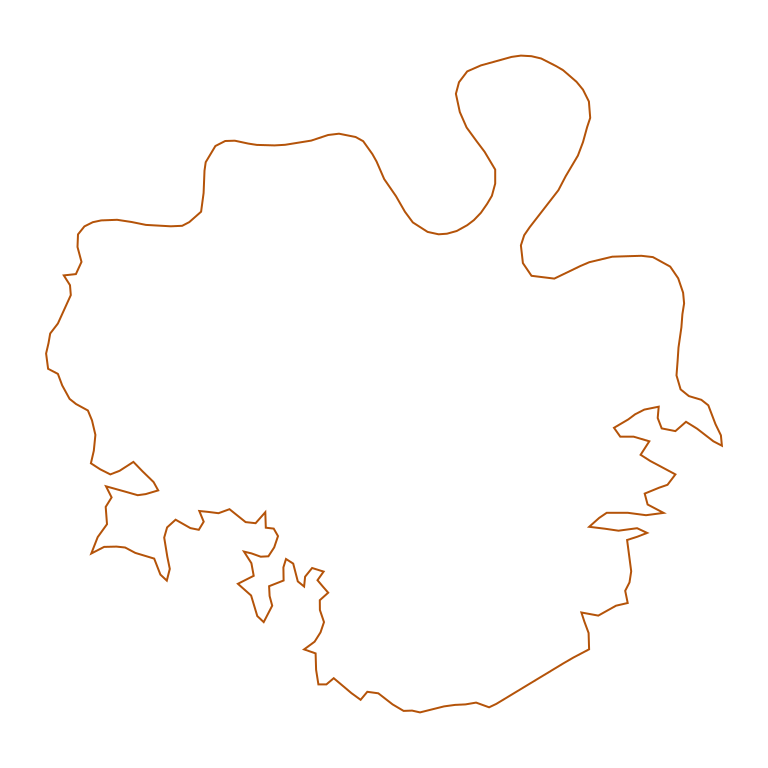 outline of Nova Prata do Iguaçu, Paraná, Brazil
{"feature_id": "56859067B9009825137056", "entity_name": "Nova Prata do Iguaçu", "entity_type": "district", "adm_level": 2, "iso_a3": "BRA", "parent_name": "Brazil", "parent_adm1": "Paraná", "projection": "orthographic", "projection_center": [-53.379, -25.587], "detail": "fine", "context": "isolated", "style": "outline", "palette": "amber", "viewbox_px": 768, "rotation_deg": 0, "n_neighbors": 0, "source": "geoboundaries", "source_scale": "gbopen_adm2", "svg_char_len": 3138}
<svg xmlns="http://www.w3.org/2000/svg" viewBox="0 0 768 768"><path d="M708.3,405.3L701.3,399.8L688.9,396.1L680.6,389.4L676.5,375.4L677.6,361.0L678.5,347.5L681.4,327.3L682.4,314.2L684.1,303.4L683.1,292.7L678.2,278.3L670.2,266.6L652.9,257.1L641.4,255.8L627.9,256.2L612.3,256.7L589.3,262.2L580.4,266.0L554.3,278.6L531.5,275.8L522.9,263.1L520.9,245.4L524.2,235.2L529.7,227.2L558.4,190.2L565.7,176.2L577.9,155.6L583.0,142.1L587.1,127.2L590.2,117.9L588.9,101.5L583.0,89.7L576.6,81.9L563.1,70.2L555.9,66.0L541.2,58.5L531.5,56.2L520.9,55.6L511.6,56.9L480.9,65.4L467.2,71.4L459.0,82.2L455.9,93.8L459.8,112.0L466.6,127.5L476.9,141.6L484.6,151.8L495.2,169.6L495.2,183.6L491.9,195.8L487.1,203.9L480.9,212.8L473.9,220.1L467.2,225.2L456.7,231.0L447.0,233.7L438.6,234.3L427.6,231.9L412.8,222.4L404.9,211.7L396.0,196.2L384.2,179.1L376.6,161.6L372.4,154.1L363.2,141.2L355.6,137.0L339.0,133.7L328.1,135.0L311.2,140.6L285.1,144.8L274.6,145.4L256.8,144.9L248.4,143.6L234.8,140.7L225.2,141.0L215.4,146.0L205.7,162.2L204.5,170.7L203.6,193.0L201.1,211.7L189.3,222.1L182.2,225.8L170.7,226.3L145.9,224.9L131.6,222.0L117.1,219.8L101.2,220.4L92.8,222.2L84.4,226.4L78.0,234.4L77.5,247.0L81.5,261.9L75.9,274.1L63.8,275.4L70.0,285.2L70.8,295.1L57.9,323.5L50.2,333.5L48.5,343.2L46.1,353.5L48.1,368.8L57.9,373.9L62.2,385.4L69.6,398.9L76.0,404.0L87.9,410.5L92.0,420.4L95.4,434.9L93.8,450.8L90.9,463.3L100.2,469.3L110.3,474.4L119.6,470.8L133.4,461.9L142.3,471.1L153.6,482.1L158.2,490.4L145.7,494.1L137.7,495.2L125.4,491.7L106.0,486.3L111.6,497.4L105.7,506.9L107.0,524.2L97.7,537.1L91.3,553.5L104.1,546.9L116.5,546.6L125.1,547.5L135.3,552.9L154.2,558.6L160.4,574.6L166.8,580.6L169.8,568.9L167.3,556.7L164.2,537.6L167.1,527.4L175.6,519.7L190.4,528.1L198.8,529.8L203.7,521.7L199.3,511.0L208.2,511.9L218.5,513.2L229.5,509.2L245.6,522.1L255.6,523.2L265.3,512.2L265.8,527.7L273.7,528.6L278.0,536.1L274.2,547.4L268.4,556.3L260.7,556.7L251.5,553.4L244.0,551.6L251.4,563.2L253.7,575.8L237.9,583.8L251.1,595.5L257.3,616.1L263.7,622.1L272.2,605.7L269.6,596.0L269.1,586.2L283.6,580.5L283.4,567.4L286.0,559.0L293.2,563.6L297.8,581.4L304.1,586.5L305.1,576.7L312.1,568.0L323.6,571.6L317.5,580.2L322.8,586.5L328.2,592.7L319.8,600.2L319.9,610.0L324.0,622.1L320.5,632.4L314.6,641.7L304.1,649.4L315.6,653.4L316.1,669.8L318.4,684.4L326.4,684.4L333.7,678.2L339.9,683.4L351.4,693.1L360.6,699.8L367.3,691.8L378.3,693.3L392.6,704.4L403.6,710.9L412.1,710.6L420.0,712.4L444.0,706.4L455.0,704.9L465.5,704.4L476.1,702.6L489.1,707.3L496.3,703.9L563.3,663.4L573.3,657.6L589.1,649.3L588.6,633.0L584.3,621.4L581.4,612.5L598.3,615.6L616.0,605.7L627.7,603.0L625.2,590.8L629.5,582.4L631.2,571.3L627.1,540.0L637.4,536.7L647.1,532.9L637.1,528.2L618.5,530.7L604.8,528.7L589.2,526.8L599.2,517.9L606.7,512.8L627.8,512.8L646.0,515.2L663.6,512.9L647.6,504.5L644.7,493.6L659.1,487.7L667.5,484.8L675.4,474.4L661.6,467.0L650.3,461.0L640.6,454.8L649.3,441.3L633.7,436.7L620.3,436.7L614.0,427.8L628.3,419.4L635.1,414.3L644.3,409.6L658.7,406.7L657.7,418.0L661.7,428.4L675.4,431.1L686.0,421.8L697.1,428.7L713.4,441.3L721.9,445.7L720.9,435.3L715.5,424.2L708.3,405.3Z" fill="none" stroke="#b45309" stroke-width="2"/></svg>